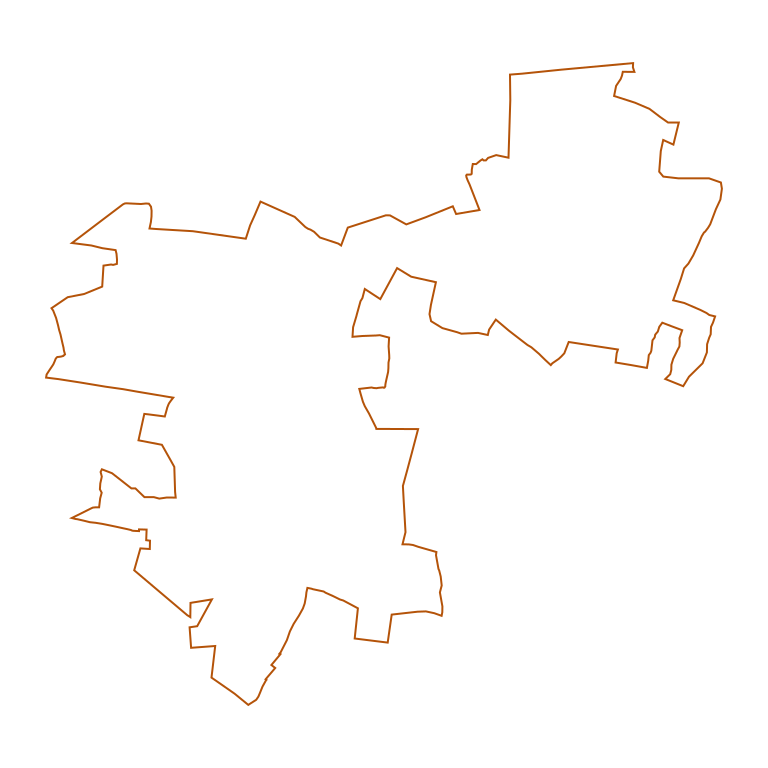 Dzán, Yucatán, Mexico (Albers equal-area conic projection)
{"feature_id": "50627088B52213754253598", "entity_name": "Dzán", "entity_type": "district", "adm_level": 2, "iso_a3": "MEX", "parent_name": "Mexico", "parent_adm1": "Yucatán", "projection": "albers", "projection_center": [-89.447, 20.397], "detail": "fine", "context": "isolated", "style": "outline", "palette": "amber", "viewbox_px": 768, "rotation_deg": 0, "n_neighbors": 0, "source": "geoboundaries", "source_scale": "gbopen_adm2", "svg_char_len": 4801}
<svg xmlns="http://www.w3.org/2000/svg" viewBox="0 0 768 768"><path d="M678.8,122.5L668.0,122.5L660.3,117.1L649.5,108.9L635.0,102.7L614.1,96.0L616.1,85.9L620.7,79.0L622.0,75.6L622.8,71.8L634.4,71.9L632.9,67.3L633.1,63.1L561.0,69.7L521.8,73.7L510.0,74.6L510.3,100.0L508.5,157.7L496.2,155.1L488.1,157.9L485.9,160.4L483.6,160.4L482.4,159.3L480.5,160.5L476.1,164.1L472.8,164.0L471.8,169.7L471.7,173.8L470.9,174.5L469.0,174.6L466.9,174.6L466.2,175.4L466.4,177.0L467.6,180.2L469.4,184.1L469.7,184.8L479.5,210.0L456.1,214.0L452.8,206.3L425.6,217.3L406.3,224.4L390.0,215.4L385.9,215.3L347.8,227.6L341.1,245.5L338.3,243.6L319.9,237.5L314.1,231.8L310.4,229.6L308.1,228.8L305.3,227.0L294.7,216.9L260.5,201.6L254.8,215.0L250.1,225.4L245.8,238.7L192.8,231.2L156.1,229.0L149.5,228.5L150.9,222.0L151.5,216.6L151.6,210.7L151.0,206.7L148.9,203.7L146.0,203.5L141.0,204.0L126.3,203.3L124.7,203.5L122.9,204.4L122.5,204.7L103.2,219.3L72.0,243.0L91.4,245.5L102.4,248.2L115.6,250.1L116.5,253.8L117.0,259.5L116.9,263.9L113.1,264.9L111.1,264.5L108.4,264.9L103.5,265.6L102.2,286.6L84.1,294.0L67.7,297.2L51.5,308.2L53.2,310.6L56.1,318.0L58.1,325.5L59.1,329.9L60.5,334.5L62.4,343.0L63.5,347.6L63.9,350.4L64.7,353.3L65.0,354.4L64.2,355.1L63.5,355.5L63.4,355.9L62.1,356.3L60.9,356.6L58.7,356.9L57.3,357.0L56.5,357.7L55.6,358.9L54.8,361.0L53.3,364.4L51.5,367.1L49.8,369.6L46.6,374.5L46.1,377.6L58.4,379.1L80.3,382.5L105.6,386.7L123.3,389.2L138.0,391.8L153.0,394.3L173.2,397.7L170.8,400.8L169.1,403.2L168.4,404.6L167.8,406.2L167.2,407.7L166.9,409.0L164.8,416.5L158.9,415.7L148.7,414.4L144.3,413.9L138.5,440.3L161.9,444.8L170.7,460.4L174.3,466.9L175.1,492.0L175.7,497.6L166.9,497.5L159.3,498.6L153.7,497.1L144.4,497.1L135.4,488.4L131.4,488.4L123.0,481.8L112.0,473.2L101.9,469.3L100.6,472.0L101.1,473.8L101.8,476.6L101.3,478.9L100.3,483.4L99.9,489.3L101.7,492.7L100.2,498.3L99.1,507.3L95.8,507.3L92.8,507.6L91.3,508.3L71.8,518.0L75.6,519.0L77.3,519.2L84.3,520.8L89.9,522.2L95.6,522.8L102.4,523.9L109.3,525.3L116.0,526.7L123.3,528.3L127.1,529.1L130.9,530.0L132.1,530.6L133.2,530.8L139.0,531.1L139.0,529.4L146.6,529.6L146.2,540.2L150.0,540.7L149.8,549.0L140.4,548.4L134.2,570.3L187.5,615.4L187.7,615.5L188.3,615.8L190.3,617.1L190.3,616.9L190.3,616.7L190.4,610.9L190.4,610.7L190.4,610.4L190.5,602.9L194.6,602.2L194.8,602.2L211.9,599.4L198.6,623.6L197.2,626.2L189.6,627.3L191.1,647.8L215.2,646.0L211.5,677.6L234.6,693.7L248.3,704.9L248.8,704.6L249.0,704.4L256.2,699.8L258.4,696.6L260.0,692.8L262.5,686.6L266.0,680.3L266.4,679.9L265.6,679.3L275.2,668.0L271.4,665.0L280.4,654.2L279.4,653.8L280.7,652.2L286.9,640.1L289.9,631.4L293.7,623.8L298.9,615.7L302.9,608.5L304.7,603.5L306.0,596.3L306.4,592.4L307.1,589.3L307.4,587.9L309.0,588.2L311.5,588.7L312.9,589.2L323.7,591.5L325.5,592.7L333.3,596.2L340.0,599.5L343.3,600.5L357.9,608.3L354.7,638.5L387.7,642.6L391.7,614.6L417.6,611.7L425.9,611.4L434.3,613.2L441.6,615.8L442.3,612.3L442.4,606.4L439.9,592.4L441.7,585.5L440.7,576.5L439.2,570.5L438.5,569.0L436.0,555.2L436.4,552.0L427.3,549.4L418.2,546.8L413.0,545.0L408.8,544.4L402.5,544.3L405.5,532.2L403.7,500.9L402.9,485.9L403.3,484.5L407.1,470.6L411.6,453.8L418.1,429.1L376.3,428.9L376.1,427.8L369.0,413.5L364.8,406.2L362.9,401.7L360.5,393.4L359.3,388.9L371.5,387.5L373.8,388.0L376.6,388.2L378.0,387.9L380.7,387.6L383.1,387.4L384.0,387.8L384.6,387.5L385.3,386.3L385.3,385.2L385.6,383.2L386.3,379.9L388.1,372.0L388.4,368.2L388.5,362.6L389.3,358.4L389.2,355.0L388.6,346.4L389.1,337.6L379.8,335.2L376.0,335.5L373.1,335.6L362.4,336.0L352.5,336.8L353.1,327.2L356.5,315.8L356.7,314.9L360.5,301.2L362.4,298.1L364.8,289.0L380.3,299.1L397.1,268.1L411.2,276.7L435.9,282.2L431.1,304.1L431.0,304.5L429.5,314.1L431.1,321.2L442.4,328.1L457.1,332.2L461.4,333.7L478.0,332.9L487.8,335.0L489.1,329.6L495.8,319.6L508.7,330.5L513.2,334.0L523.2,341.7L527.5,345.0L530.9,347.0L531.5,347.4L539.1,353.9L541.3,356.1L545.4,360.1L550.8,365.1L552.3,363.3L558.7,358.9L561.3,356.5L564.3,353.3L568.7,342.0L617.9,349.5L616.7,353.2L615.6,362.5L630.7,365.0L646.9,367.9L648.2,360.8L648.8,355.1L650.6,352.7L651.3,350.8L651.5,349.3L652.5,340.3L654.7,337.4L655.2,334.7L656.5,333.1L657.8,331.6L659.3,326.8L662.3,322.7L670.9,326.0L682.2,330.2L679.5,338.0L679.7,342.6L679.4,346.5L677.5,350.0L676.9,351.3L673.2,358.8L671.4,364.7L671.3,369.9L670.2,374.2L665.3,379.0L683.2,386.2L689.0,376.7L702.6,363.3L706.9,352.4L707.1,344.2L709.2,337.7L710.7,334.3L711.0,326.9L713.0,322.6L715.1,316.4L712.2,315.7L709.3,315.0L706.5,313.0L700.3,309.9L698.2,309.0L684.3,303.0L673.2,300.3L680.8,279.0L684.1,268.4L688.4,263.6L693.2,255.4L699.0,242.8L701.7,236.3L704.0,232.5L705.1,231.7L708.0,227.9L710.2,224.3L715.9,209.2L720.4,199.5L721.9,188.7L720.9,182.5L708.9,178.3L678.1,178.3L663.3,176.6L659.2,171.7L660.8,151.0L663.2,140.0L673.4,144.6L678.8,122.5Z" fill="none" stroke="#b45309" stroke-width="2"/></svg>